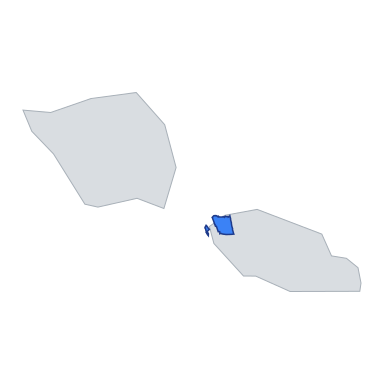 Aana Alofi III, Aiga-i-le-Tai, Samoa (highlighted)
{"feature_id": "51752279B31519013517302", "entity_name": "Aana Alofi III", "entity_type": "district", "adm_level": 2, "iso_a3": "WSM", "parent_name": "Samoa", "parent_adm1": "Aiga-i-le-Tai", "projection": "equal_earth", "projection_center": [-172.012, -13.853], "detail": "fine", "context": "in_parent", "style": "filled", "palette": "blue", "viewbox_px": 384, "rotation_deg": 0, "n_neighbors": 0, "source": "geoboundaries", "source_scale": "gbopen_adm2", "svg_char_len": 3414}
<svg xmlns="http://www.w3.org/2000/svg" viewBox="0 0 384 384"><path d="M136.2,92.5L164.7,124.7L176.1,167.5L163.9,208.5L137.0,198.3L97.9,207.1L84.9,204.2L53.5,153.9L31.8,131.3L23.0,110.1L50.7,112.5L91.1,98.5L136.2,92.5ZM359.8,291.3L290.1,291.5L255.7,276.1L243.5,276.0L213.9,243.5L209.4,226.5L224.9,215.3L257.1,209.4L321.8,234.1L331.5,255.9L346.4,258.3L358.0,267.7L361.0,283.1L359.8,291.3Z" fill="#d9dde1" stroke="#a8b0b8" stroke-width="1"/><path d="M229.9,215.8L229.8,216.0L229.6,216.1L229.4,216.2L229.3,216.3L229.1,216.4L228.6,216.5L228.4,216.7L228.4,216.9L228.5,217.0L228.3,217.1L228.3,216.9L228.1,216.7L227.9,216.6L227.5,216.6L227.3,216.6L227.1,216.6L226.9,216.5L226.7,216.6L226.4,216.6L226.2,216.7L225.6,216.5L225.3,216.6L225.1,216.5L224.9,216.7L224.8,216.8L224.8,216.7L224.7,216.8L224.6,217.0L224.6,217.3L224.6,217.5L224.6,217.4L224.5,217.2L224.5,216.9L224.4,216.8L224.2,216.9L223.8,217.0L223.6,216.9L223.6,217.0L223.3,217.0L223.1,216.9L222.9,216.8L222.6,217.0L222.3,217.0L222.0,217.0L221.8,217.0L221.4,217.0L220.9,217.0L220.7,217.0L220.1,217.0L219.7,217.0L219.3,217.0L219.2,216.9L219.1,217.0L218.8,217.0L218.6,217.0L218.4,217.0L218.2,217.0L218.1,216.9L218.3,216.6L218.5,216.6L218.5,216.4L218.4,216.3L218.3,216.5L218.1,216.8L217.9,216.8L217.8,216.5L217.7,216.3L217.4,216.3L217.4,216.1L217.3,216.3L217.2,216.3L217.1,216.1L216.9,216.1L216.8,215.9L216.9,215.7L216.8,215.8L216.7,215.8L216.6,215.7L216.7,215.4L216.6,215.7L216.2,215.5L216.1,215.4L216.2,215.0L216.0,215.4L215.9,215.5L215.7,215.7L215.5,215.8L215.4,215.7L215.2,215.7L214.7,215.6L214.4,215.7L214.2,215.8L214.0,215.7L213.8,215.8L213.7,215.8L213.5,216.1L213.3,216.2L213.2,216.3L213.0,216.5L212.9,216.7L212.8,216.8L212.6,217.0L212.4,217.1L212.2,217.4L212.5,217.6L212.4,217.8L212.7,218.7L213.0,219.6L213.2,220.0L213.4,220.5L213.7,221.4L214.0,222.2L214.0,222.4L214.2,222.7L214.5,223.7L214.6,224.0L214.8,224.3L214.7,224.3L214.9,224.7L215.0,225.1L215.3,225.8L215.4,226.2L215.5,226.3L215.8,226.3L216.2,226.3L216.4,226.3L218.2,231.7L219.7,231.7L219.9,232.8L219.8,233.2L219.8,233.4L219.8,233.8L220.1,233.7L220.6,233.5L220.8,233.5L221.0,233.5L221.3,233.5L221.5,233.7L221.7,233.8L222.0,233.9L222.4,233.9L222.5,234.0L223.0,234.1L223.4,234.1L223.6,234.2L224.7,234.3L225.0,234.3L225.7,234.5L227.2,234.5L230.4,234.4L232.1,234.3L233.5,234.1L233.8,234.1L233.2,232.2L233.1,231.9L233.0,231.1L232.7,230.6L232.6,230.0L232.5,229.3L232.6,228.7L232.4,228.1L232.1,227.1L231.8,226.1L231.5,224.3L231.4,223.6L231.4,222.7L231.2,222.2L231.0,221.3L230.7,220.2L230.6,219.5L230.6,218.9L230.5,218.2L230.2,217.2L230.0,216.6L229.9,216.6L230.0,216.1L229.9,215.8ZM208.3,235.6L208.3,235.3L208.4,234.4L208.4,233.6L208.1,233.1L207.7,232.5L207.5,232.2L207.4,232.0L207.2,231.7L207.5,231.3L207.7,231.0L208.0,230.8L208.1,230.6L208.4,230.3L208.5,230.2L208.8,229.9L209.0,229.8L209.1,229.6L209.4,229.3L209.3,229.2L209.1,229.0L208.9,228.8L208.8,228.7L208.5,228.3L208.3,228.1L208.2,228.0L207.9,227.7L207.8,227.4L207.4,226.8L207.3,226.7L207.2,226.6L207.0,226.2L206.8,226.1L206.7,225.9L206.4,225.6L206.1,225.3L205.9,225.7L205.7,226.1L205.5,226.4L205.4,226.5L205.5,226.8L205.4,226.9L205.4,227.0L205.2,227.2L205.1,227.3L205.0,227.6L204.9,227.8L205.0,228.1L205.5,228.7L205.5,228.9L205.6,229.3L205.9,230.2L205.9,230.5L206.0,231.0L206.3,231.6L206.2,232.1L206.1,232.3L206.3,232.5L206.7,233.3L207.0,233.8L207.3,234.3L207.5,234.5L207.6,234.8L208.3,235.6Z" fill="#3b82f6" stroke="#1e3a8a" stroke-width="1.5"/></svg>